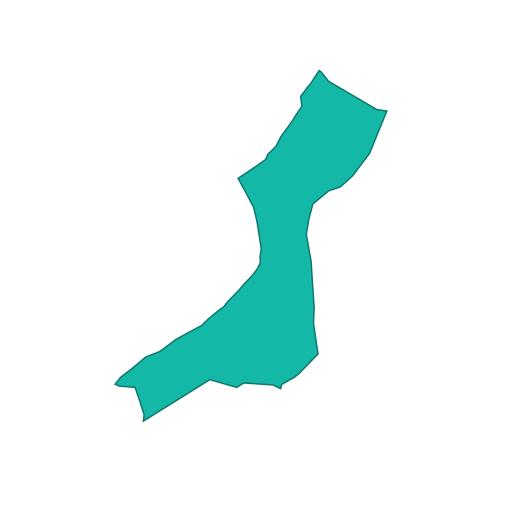 the district of Tulus, Southern Darfur, Sudan, rotated 329°
{"feature_id": "16777658B64128341044045", "entity_name": "Tulus", "entity_type": "district", "adm_level": 2, "iso_a3": "SDN", "parent_name": "Sudan", "parent_adm1": "Southern Darfur", "projection": "albers", "projection_center": [24.908, 11.261], "detail": "fine", "context": "isolated", "style": "filled", "palette": "teal", "viewbox_px": 512, "rotation_deg": 329, "n_neighbors": 0, "source": "geoboundaries", "source_scale": "gbopen_adm2", "svg_char_len": 1070}
<svg xmlns="http://www.w3.org/2000/svg" viewBox="0 0 512 512"><g transform="rotate(329 256 256)"><path d="M83.0,289.6L77.4,290.3L69.2,293.3L71.6,296.9L78.8,302.1L84.7,306.4L83.4,312.5L82.3,317.8L79.9,327.6L78.4,334.4L74.5,339.5L152.8,338.2L171.8,358.7L180.1,358.5L204.3,375.4L208.7,382.4L211.9,379.3L226.6,379.7L229.5,379.3L231.1,379.2L258.7,371.9L270.6,343.3L279.2,330.3L295.0,299.5L300.5,288.9L310.2,263.5L320.3,251.6L331.5,240.7L351.8,237.6L364.0,240.2L380.2,237.0L406.1,226.6L412.9,221.5L427.9,210.3L442.8,199.1L434.9,192.6L410.8,148.4L408.1,143.5L407.2,135.8L406.7,131.8L405.5,129.6L391.6,136.4L387.5,137.7L379.4,141.0L376.4,142.2L372.4,151.4L365.8,154.3L355.8,159.4L339.1,166.4L329.4,172.4L318.5,174.9L314.0,178.3L299.4,179.3L280.6,180.2L280.0,196.6L279.0,213.3L274.5,227.3L264.3,252.4L259.1,258.7L256.6,263.5L252.2,266.9L244.0,270.4L230.5,274.2L222.9,276.8L219.6,277.6L208.5,280.5L201.6,283.1L197.3,283.2L182.7,285.4L173.5,287.6L159.2,286.8L144.4,286.3L124.6,288.3L109.3,285.8L91.0,288.7L83.0,289.6Z" fill="#14b8a6" stroke="#0f766e" stroke-width="1.5"/></g></svg>